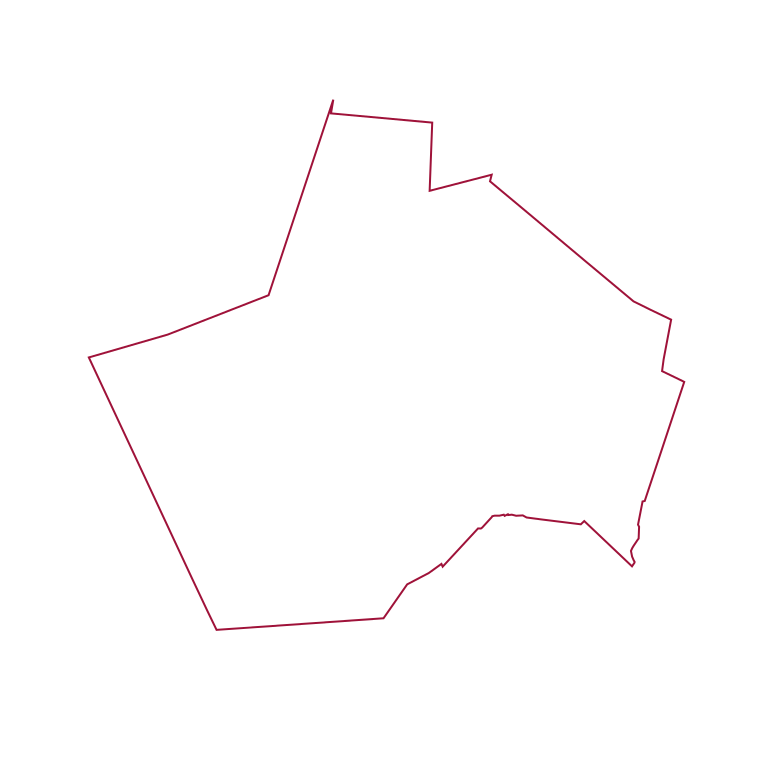 Sacramento, Coahuila, Mexico (orthographic projection), rotated 100°
{"feature_id": "50627088B55806016099759", "entity_name": "Sacramento", "entity_type": "district", "adm_level": 2, "iso_a3": "MEX", "parent_name": "Mexico", "parent_adm1": "Coahuila", "projection": "orthographic", "projection_center": [-101.737, 26.936], "detail": "fine", "context": "isolated", "style": "outline", "palette": "rose", "viewbox_px": 768, "rotation_deg": 100, "n_neighbors": 0, "source": "geoboundaries", "source_scale": "gbopen_adm2", "svg_char_len": 1038}
<svg xmlns="http://www.w3.org/2000/svg" viewBox="0 0 768 768"><g transform="rotate(100 384 384)"><path d="M655.2,506.2L614.8,343.8L577.3,326.4L566.1,311.9L562.4,307.1L551.2,296.2L553.7,294.5L509.9,266.3L509.5,263.5L508.4,262.4L496.6,254.9L496.0,254.6L495.4,254.4L494.5,252.3L493.6,247.4L491.9,243.3L492.9,242.3L490.8,239.4L491.5,239.0L490.5,235.4L490.8,231.0L489.3,224.5L490.7,220.4L490.3,211.1L490.2,209.5L490.1,206.6L488.0,165.8L484.2,163.0L520.5,108.1L516.5,106.3L515.7,106.3L514.1,107.6L510.9,109.7L505.5,111.8L502.4,111.0L499.8,110.0L496.0,108.3L493.7,107.3L492.0,106.4L489.7,106.7L480.3,108.0L478.4,109.4L457.0,109.0L454.8,109.0L453.9,106.9L447.0,105.9L402.9,99.4L335.2,89.5L329.8,88.7L329.3,90.3L323.2,111.8L323.1,112.1L323.0,112.4L311.2,112.9L270.8,112.4L264.6,134.5L259.3,152.6L228.3,206.6L189.7,273.5L166.0,314.8L159.2,314.3L185.8,372.6L118.2,381.9L126.7,483.2L112.8,483.3L316.6,513.1L372.9,605.6L409.1,679.3L456.6,646.0L518.7,602.4L608.5,539.5L637.9,518.7L655.2,506.2Z" fill="none" stroke="#9f1239" stroke-width="2"/></g></svg>